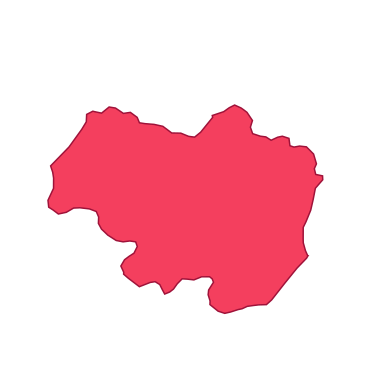 outline of Ljungby, Kronoberg, Sweden, rotated 39°
{"feature_id": "70781695B43314679953791", "entity_name": "Ljungby", "entity_type": "district", "adm_level": 2, "iso_a3": "SWE", "parent_name": "Sweden", "parent_adm1": "Kronoberg", "projection": "mercator", "projection_center": [13.859, 56.853], "detail": "fine", "context": "isolated", "style": "filled", "palette": "rose", "viewbox_px": 384, "rotation_deg": 39, "n_neighbors": 0, "source": "geoboundaries", "source_scale": "gbopen_adm2", "svg_char_len": 1599}
<svg xmlns="http://www.w3.org/2000/svg" viewBox="0 0 384 384"><g transform="rotate(39 192 192)"><path d="M65.7,190.9L64.1,191.6L61.3,198.0L65.7,204.0L66.9,212.8L68.1,234.4L65.7,260.7L71.3,264.3L75.7,268.3L82.1,276.3L85.3,289.1L90.2,294.0L95.5,293.4L102.0,293.2L107.1,286.9L110.1,279.0L114.8,274.8L122.9,269.7L129.9,267.4L135.2,270.2L139.0,275.3L145.0,277.8L153.8,278.5L163.6,277.4L169.8,274.1L174.5,269.2L179.6,266.2L183.8,268.8L185.4,276.0L183.6,281.5L182.2,287.1L183.3,294.3L189.4,297.3L190.6,298.9L196.9,299.1L210.7,298.7L216.5,288.5L219.8,284.9L225.2,284.2L230.0,286.4L235.0,288.5L237.6,283.8L238.7,279.1L238.3,272.6L239.0,265.7L243.0,262.8L248.8,259.1L252.8,251.9L259.0,246.8L262.3,246.8L265.5,248.6L266.6,257.7L269.2,261.7L274.6,265.3L276.8,268.2L287.3,268.2L293.8,265.7L297.5,261.0L301.8,254.4L304.4,251.2L306.9,246.1L311.3,241.4L314.9,237.7L320.7,232.7L321.8,225.8L321.8,224.8L321.5,205.3L321.5,185.1L322.7,171.4L322.3,168.7L322.2,168.8L317.1,166.2L310.5,161.5L308.0,158.6L300.7,149.5L299.3,143.4L295.7,131.4L290.9,121.6L285.5,111.4L285.9,100.2L283.3,97.3L277.1,100.5L272.4,96.9L271.0,91.8L262.6,86.0L252.5,84.9L246.7,88.6L243.0,92.9L239.0,94.4L233.6,89.3L227.1,91.8L224.1,95.5L220.9,102.0L214.7,102.7L210.0,105.6L202.4,108.5L196.6,104.9L194.0,98.4L184.6,95.5L180.7,95.6L177.3,95.8L170.4,97.6L167.9,103.1L166.1,109.6L159.6,119.8L161.1,121.0L161.1,140.1L159.5,147.7L154.3,150.9L146.3,153.3L139.1,158.9L128.0,159.3L120.0,163.3L112.4,168.5L107.6,171.3L102.4,168.5L94.0,168.9L89.2,174.1L79.7,174.9L74.1,178.1L72.1,187.6L65.7,190.9Z" fill="#f43f5e" stroke="#9f1239" stroke-width="1.5"/></g></svg>